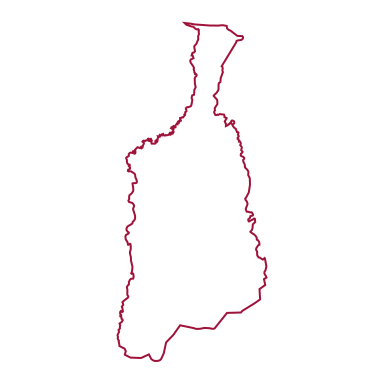 outline of La Masica, Atlántida, Honduras
{"feature_id": "27666195B29134923600773", "entity_name": "La Masica", "entity_type": "district", "adm_level": 2, "iso_a3": "HND", "parent_name": "Honduras", "parent_adm1": "Atlántida", "projection": "natural_earth1", "projection_center": [-87.15, 15.604], "detail": "fine", "context": "isolated", "style": "outline", "palette": "rose", "viewbox_px": 384, "rotation_deg": 0, "n_neighbors": 0, "source": "geoboundaries", "source_scale": "gbopen_adm2", "svg_char_len": 6046}
<svg xmlns="http://www.w3.org/2000/svg" viewBox="0 0 384 384"><path d="M124.8,354.7L130.5,357.6L141.0,358.0L148.9,354.4L151.3,359.1L153.4,360.5L155.1,361.0L158.5,360.8L160.2,360.0L161.2,358.9L163.8,353.2L166.1,342.4L173.2,335.1L180.1,325.3L193.7,328.1L196.0,328.9L200.0,328.8L204.4,327.9L209.4,328.2L212.3,328.8L213.9,328.7L214.8,328.2L227.0,312.9L240.9,312.5L242.4,310.8L254.9,303.1L260.1,299.4L259.5,289.1L265.2,285.0L264.0,279.1L266.5,277.6L265.8,275.9L264.6,274.0L264.4,273.2L264.5,271.8L265.5,270.2L266.4,266.4L265.0,258.8L264.6,258.1L263.1,259.5L262.6,259.5L259.7,257.6L258.5,257.4L258.3,256.8L257.3,255.6L257.1,253.8L257.2,251.8L256.1,249.8L256.1,249.1L256.5,247.8L258.3,245.2L259.5,244.7L259.2,242.2L258.2,240.4L256.8,239.6L256.7,237.6L255.5,235.8L254.3,234.6L251.3,232.7L250.4,231.8L251.9,229.9L252.5,228.3L252.8,224.4L255.2,222.0L254.9,218.9L254.1,218.5L253.1,219.4L250.5,220.5L249.4,221.4L248.8,221.4L248.2,220.1L248.3,219.3L249.9,217.9L250.4,216.1L252.6,215.6L253.0,215.1L253.0,214.6L252.1,212.7L251.6,212.3L249.9,212.4L248.4,211.8L246.7,211.7L245.8,209.5L245.8,208.6L247.3,204.9L247.5,203.3L246.7,201.3L245.4,199.7L245.2,198.7L246.3,197.2L248.8,192.4L250.0,184.7L249.8,178.7L249.7,178.0L248.2,175.1L248.4,171.9L248.2,171.2L247.0,169.4L245.3,167.8L244.8,166.9L245.0,166.0L244.6,164.2L243.3,161.6L243.1,160.1L244.2,158.7L244.2,158.0L243.4,156.9L241.3,156.1L240.7,155.3L240.9,153.8L242.4,152.4L242.6,151.9L241.2,150.2L241.8,147.6L241.6,146.8L240.2,145.1L240.8,143.7L240.4,142.2L240.1,141.6L239.0,141.6L239.2,140.7L238.6,140.0L238.5,139.2L237.7,139.0L237.6,137.7L238.7,136.5L238.6,135.7L237.9,134.8L238.5,132.6L238.3,132.3L237.0,132.1L235.9,129.0L233.8,127.3L232.4,125.0L232.6,124.2L233.8,123.7L234.3,123.1L234.1,121.4L232.6,120.5L231.9,120.5L231.1,121.4L231.2,122.4L230.9,123.5L229.8,123.2L229.2,124.2L228.5,124.2L227.9,125.1L225.9,126.1L225.9,123.9L224.7,121.4L226.4,118.8L226.6,118.0L224.5,117.2L224.4,115.4L224.0,114.6L219.6,114.1L218.3,114.9L217.5,114.6L216.8,115.0L216.0,115.1L215.1,114.7L214.2,112.6L214.3,111.5L215.0,110.3L214.8,109.5L214.8,108.0L217.4,104.0L217.3,101.1L217.0,99.6L213.8,96.1L213.7,95.5L216.5,92.9L218.1,90.5L218.5,89.2L218.6,84.1L219.0,83.0L220.4,82.1L220.7,78.1L222.9,72.2L222.4,70.5L222.7,68.2L222.3,66.6L221.7,66.2L236.1,42.5L236.5,41.0L237.6,40.5L241.4,39.9L242.6,38.9L243.0,37.9L243.0,37.1L242.3,36.1L237.7,35.9L236.8,35.5L230.6,30.7L228.2,29.6L227.0,28.2L226.7,26.0L226.2,25.8L222.7,25.2L218.0,25.6L209.5,25.5L194.5,24.4L189.5,23.5L184.6,23.0L186.5,24.8L191.2,26.4L193.3,26.8L195.6,28.9L196.8,29.4L198.2,29.2L198.3,29.8L198.9,30.1L198.7,32.2L199.0,33.9L198.1,36.4L198.3,39.1L196.2,44.2L194.8,45.5L194.2,46.6L195.0,51.4L193.8,52.6L192.5,52.8L191.6,55.5L192.7,55.7L193.5,58.2L190.9,59.5L190.2,60.7L190.3,61.5L190.8,62.8L193.6,66.9L194.0,68.3L193.6,69.1L194.2,71.1L194.4,72.6L194.9,72.9L195.1,74.1L196.3,74.2L196.7,75.1L196.4,75.9L195.4,76.9L194.7,78.4L194.9,83.6L195.7,87.2L194.3,90.0L194.1,94.7L192.3,95.3L192.0,96.0L191.6,98.2L192.3,99.5L192.3,100.4L191.3,105.4L190.7,106.3L188.5,107.1L187.2,107.1L185.9,108.2L185.9,109.1L186.4,110.0L186.4,111.3L185.2,112.2L185.2,113.8L184.6,114.3L185.1,114.6L185.1,114.9L183.0,117.4L182.2,117.2L181.6,117.8L180.1,118.0L180.1,119.5L180.8,120.2L180.9,120.7L179.6,121.0L179.2,122.0L178.7,121.1L178.4,121.2L177.6,122.3L177.8,123.7L177.6,124.3L177.2,124.2L177.0,123.5L175.5,125.4L175.5,127.3L174.7,127.5L174.5,127.2L174.9,126.4L173.5,126.0L172.8,126.9L171.6,127.2L171.2,128.0L172.2,128.0L172.3,128.9L173.2,128.8L173.5,129.3L173.1,130.9L173.6,132.0L172.7,133.6L172.4,133.5L172.4,132.4L172.2,132.2L171.6,133.7L170.9,132.8L170.0,132.8L170.2,134.2L170.0,134.7L169.1,134.1L168.1,135.1L166.7,135.3L165.8,135.0L165.0,135.6L163.7,135.3L163.3,134.3L162.7,135.0L162.3,134.2L161.8,134.3L160.9,135.6L159.9,134.8L159.4,135.7L159.6,136.5L157.9,136.3L158.4,137.5L157.7,138.2L157.7,139.2L156.9,139.7L157.5,140.4L157.5,141.2L157.0,141.8L156.0,140.7L155.5,140.8L155.3,141.5L155.7,143.0L154.9,143.7L151.6,143.6L151.3,142.2L151.8,140.4L151.1,139.7L151.1,139.0L150.8,138.8L150.3,139.0L150.3,140.7L150.0,141.1L149.0,140.9L149.0,140.3L149.4,139.4L148.3,138.6L148.0,138.8L148.3,140.0L148.0,140.4L146.4,140.2L144.9,141.2L143.9,140.6L143.1,140.8L142.5,141.7L143.5,142.4L143.9,143.5L142.9,145.8L142.5,147.6L141.3,148.4L141.1,148.2L140.9,147.0L139.7,148.0L137.5,147.2L135.0,149.8L135.5,151.9L135.2,153.4L134.7,153.7L134.2,153.6L133.7,151.3L133.2,151.1L132.3,152.9L130.5,152.6L129.6,153.1L128.8,154.1L128.8,156.0L126.6,157.3L126.2,157.7L126.2,158.3L126.9,159.9L126.9,161.7L127.4,163.5L128.2,164.4L129.6,164.6L129.8,165.2L129.8,165.5L128.9,166.2L130.1,167.6L130.1,168.5L129.6,169.1L128.1,169.7L127.9,170.9L128.5,171.4L130.9,171.3L134.5,173.6L135.1,174.9L135.5,177.7L136.4,179.4L136.9,181.8L136.7,182.6L136.0,183.1L133.1,183.2L132.5,183.5L133.3,188.8L133.2,191.0L131.7,193.4L129.6,195.0L129.1,196.6L129.2,198.9L128.4,200.7L129.1,202.0L132.3,202.9L133.9,205.0L134.1,206.2L133.2,208.4L133.1,209.4L135.1,215.8L135.1,218.8L134.1,220.5L132.8,221.7L132.6,222.9L132.1,223.7L127.8,226.3L127.2,226.9L126.5,228.7L126.5,229.9L127.5,231.6L128.7,232.4L128.8,233.0L128.3,233.7L126.0,234.9L125.4,236.5L125.7,239.3L127.5,242.1L128.0,244.7L128.6,244.7L130.0,243.8L130.5,244.1L130.8,247.9L130.6,249.8L130.0,251.7L129.9,253.2L130.9,257.2L131.0,260.5L132.5,267.0L132.0,271.4L131.2,273.4L131.6,273.8L132.8,273.4L133.2,273.7L133.6,276.0L133.5,277.7L133.2,278.6L131.0,278.8L129.9,279.8L128.9,282.0L128.9,284.5L127.7,285.6L126.9,287.0L127.4,290.0L127.3,294.8L128.3,296.4L128.3,297.0L127.5,298.0L124.3,300.4L122.4,302.2L123.0,303.6L123.2,304.8L121.8,306.7L122.4,308.1L122.9,311.5L122.7,311.8L122.1,311.9L121.0,311.0L120.3,311.7L120.4,312.5L120.0,313.0L120.3,313.8L121.1,314.9L120.3,315.4L120.3,316.4L121.2,316.6L121.6,318.9L122.4,319.4L122.8,320.3L121.5,322.1L119.5,323.6L120.3,325.4L119.9,326.3L119.9,328.5L118.5,330.0L119.1,331.8L117.8,334.4L117.5,335.6L118.0,336.9L117.7,338.2L118.2,339.8L118.9,340.6L118.7,341.8L119.3,344.1L119.4,346.0L124.6,348.7L125.8,351.2L124.8,354.7Z" fill="none" stroke="#9f1239" stroke-width="2"/></svg>